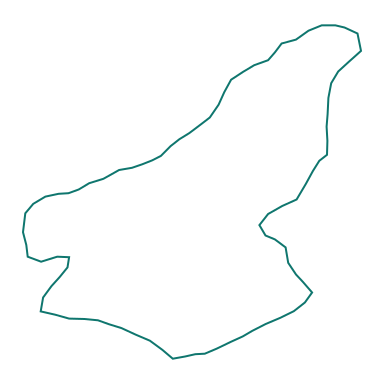 Olímpio Noronha, Minas Gerais, Brazil
{"feature_id": "56859067B75972300711014", "entity_name": "Olímpio Noronha", "entity_type": "district", "adm_level": 2, "iso_a3": "BRA", "parent_name": "Brazil", "parent_adm1": "Minas Gerais", "projection": "mercator", "projection_center": [-45.284, -22.085], "detail": "fine", "context": "isolated", "style": "outline", "palette": "teal", "viewbox_px": 384, "rotation_deg": 0, "n_neighbors": 0, "source": "geoboundaries", "source_scale": "gbopen_adm2", "svg_char_len": 1142}
<svg xmlns="http://www.w3.org/2000/svg" viewBox="0 0 384 384"><path d="M357.5,33.5L344.5,27.5L335.2,25.3L321.8,25.3L308.5,30.7L296.0,39.6L281.6,43.5L274.9,52.4L268.1,60.2L254.2,65.2L243.0,71.9L231.1,79.7L224.3,92.1L218.6,104.7L209.8,117.5L201.1,124.2L189.3,133.1L179.4,139.2L170.6,146.1L160.9,155.9L152.1,160.4L142.2,164.3L132.0,167.8L119.1,170.0L103.4,178.8L89.2,183.2L78.7,189.5L68.5,193.2L58.6,193.8L45.4,196.6L33.3,203.8L25.3,213.3L23.0,232.2L26.3,245.0L27.7,256.7L41.1,261.7L57.2,256.7L69.1,257.2L67.5,267.4L59.8,276.9L51.4,286.2L43.1,297.5L40.7,311.4L55.2,314.7L69.1,318.6L84.6,319.0L98.0,320.3L108.9,324.2L121.5,328.1L135.6,334.6L149.9,340.7L162.3,349.8L172.8,358.7L185.1,356.5L195.3,354.2L204.8,353.7L216.6,348.7L230.5,342.0L242.8,336.4L252.2,330.9L265.7,324.0L280.1,317.9L293.8,311.2L304.9,302.5L312.1,292.5L302.9,281.9L296.0,274.5L288.2,262.8L285.6,247.4L274.9,239.4L265.5,235.5L259.4,225.1L268.1,214.0L282.2,206.0L296.6,199.5L305.9,183.8L312.9,171.0L319.3,160.8L327.0,154.8L327.4,140.9L326.6,126.6L327.6,114.2L328.4,97.9L331.2,83.2L338.2,71.5L348.7,61.9L361.0,50.9L357.5,33.5Z" fill="none" stroke="#0f766e" stroke-width="2"/></svg>